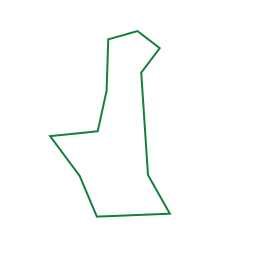 outline of Mariehamn, rotated 201°
{"feature_id": "ALD-4817", "entity_name": "Mariehamn", "entity_type": "state/province", "adm_level": 1, "iso_a3": "ALA", "parent_name": "Aland", "parent_adm1": "", "projection": "equal_earth", "projection_center": [19.945, 60.079], "detail": "fine", "context": "isolated", "style": "outline", "palette": "green", "viewbox_px": 256, "rotation_deg": 201, "n_neighbors": 0, "source": "natural_earth", "source_scale": "10m", "svg_char_len": 302}
<svg xmlns="http://www.w3.org/2000/svg" viewBox="0 0 256 256"><g transform="rotate(201 128 128)"><path d="M197.8,92.5L155.1,114.1L161.3,155.0L178.2,203.7L153.9,221.9L127.0,213.9L135.5,184.4L92.5,91.3L58.2,63.0L125.3,34.1L156.0,66.0L197.8,92.5Z" fill="none" stroke="#15803d" stroke-width="2"/></g></svg>